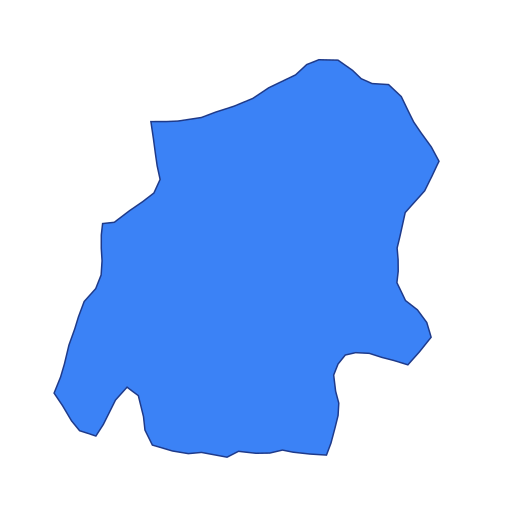 Aniocha South, Delta, Nigeria, rotated 7°
{"feature_id": "59680162B29589714384573", "entity_name": "Aniocha South", "entity_type": "district", "adm_level": 2, "iso_a3": "NGA", "parent_name": "Nigeria", "parent_adm1": "Delta", "projection": "robinson", "projection_center": [6.492, 6.145], "detail": "fine", "context": "isolated", "style": "filled", "palette": "blue", "viewbox_px": 512, "rotation_deg": 7, "n_neighbors": 0, "source": "geoboundaries", "source_scale": "gbopen_adm2", "svg_char_len": 1591}
<svg xmlns="http://www.w3.org/2000/svg" viewBox="0 0 512 512"><g transform="rotate(7 256 256)"><path d="M366.7,69.7L350.2,70.7L338.8,67.2L329.6,60.3L329.4,60.1L313.5,51.6L297.9,53.2L294.5,53.5L290.9,55.5L283.0,59.8L278.2,65.5L273.2,71.4L257.9,81.2L256.2,82.3L248.1,87.5L233.6,100.0L224.2,105.3L216.1,109.9L208.4,113.5L205.8,114.7L198.6,118.0L184.9,125.2L162.0,131.6L150.6,133.5L135.3,135.4L139.9,152.1L143.8,167.1L146.9,178.5L151.5,191.7L147.0,205.9L139.7,213.1L137.1,215.7L125.0,226.4L121.4,229.9L114.2,236.9L111.3,239.8L99.8,242.5L99.9,254.0L101.5,267.2L103.8,279.6L104.2,286.7L104.6,293.7L100.9,307.9L91.0,322.1L87.2,338.0L85.0,350.4L81.2,367.2L79.0,386.6L76.8,399.9L72.3,416.7L82.2,428.1L93.0,442.1L102.2,450.9L110.6,452.5L119.0,454.2L125.0,441.8L134.1,416.1L144.0,401.9L149.3,405.0L156.2,408.9L163.9,429.1L167.0,442.3L176.2,456.3L196.8,459.7L212.9,460.4L225.8,457.6L251.8,459.2L259.6,453.9L262.4,452.0L273.4,451.9L280.0,451.8L293.7,449.9L305.9,445.4L316.6,446.2L333.4,446.0L340.2,445.6L350.2,445.0L353.2,432.6L355.4,416.7L356.9,404.3L356.1,392.0L351.5,380.5L347.6,364.7L350.6,353.2L356.7,343.4L363.6,340.9L366.6,339.8L380.3,338.8L393.3,341.3L405.5,342.9L420.0,345.5L429.9,331.2L439.7,315.3L438.1,311.5L433.6,301.2L422.8,289.8L409.8,282.0L406.5,276.8L399.1,265.3L399.0,253.8L397.5,242.4L395.1,230.9L396.0,223.2L396.6,217.7L398.8,194.7L401.5,190.8L403.9,187.3L405.6,184.9L415.5,170.7L419.4,159.5L420.8,155.6L424.7,143.7L426.1,139.7L416.8,126.5L404.6,113.4L396.2,103.8L395.6,102.9L391.3,96.4L389.2,93.2L380.8,80.1L366.7,69.7Z" fill="#3b82f6" stroke="#1e3a8a" stroke-width="1.5"/></g></svg>